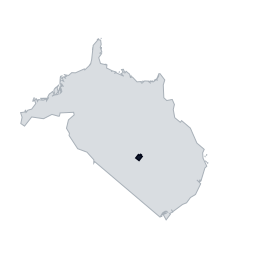 location of Converse, Wyoming, United States of America, rotated 218°
{"feature_id": "52423323B34059726756827", "entity_name": "Converse", "entity_type": "district", "adm_level": 2, "iso_a3": "USA", "parent_name": "United States of America", "parent_adm1": "Wyoming", "projection": "orthographic", "projection_center": [-105.578, 42.894], "detail": "fine", "context": "in_parent", "style": "filled", "palette": "ink", "viewbox_px": 256, "rotation_deg": 218, "n_neighbors": 0, "source": "geoboundaries", "source_scale": "gbopen_adm2", "svg_char_len": 4086}
<svg xmlns="http://www.w3.org/2000/svg" viewBox="0 0 256 256"><g transform="rotate(218 128 128)"><path d="M200.3,83.3L210.7,77.4L210.7,65.8L215.2,65.5L218.1,71.3L222.1,74.0L218.8,77.4L219.1,78.6L217.9,77.6L217.9,80.4L215.5,83.6L215.7,90.5L218.6,92.2L219.7,91.3L218.9,90.3L219.5,90.6L220.1,91.8L216.9,94.4L215.7,93.3L216.0,95.3L212.0,97.6L209.6,101.4L209.5,99.9L208.9,99.2L209.2,102.8L210.3,102.9L210.9,105.8L209.9,110.3L206.8,109.0L207.5,106.2L206.4,108.4L207.8,110.6L209.3,111.6L210.0,113.2L208.9,120.0L208.7,116.1L205.3,113.5L205.7,109.3L203.8,111.3L206.2,116.3L203.6,115.5L202.9,116.0L203.0,114.1L202.8,113.6L202.5,115.2L202.8,116.3L206.8,117.1L206.3,118.4L204.3,117.0L203.6,116.9L206.2,118.5L207.1,118.6L207.0,120.1L205.7,119.5L207.9,120.9L207.6,121.3L206.5,120.6L204.3,120.9L207.4,121.9L209.1,121.2L212.1,125.5L209.6,122.3L210.8,124.6L207.5,125.2L210.5,126.8L211.4,125.7L210.6,128.4L207.4,128.8L209.6,129.2L208.3,130.9L210.4,131.1L207.2,132.8L206.4,137.0L203.4,139.1L198.8,147.7L197.8,147.2L196.8,154.0L196.9,155.5L198.9,159.8L206.3,171.7L206.0,179.2L203.7,180.4L200.6,177.4L199.5,174.4L195.4,171.8L196.2,169.8L194.6,170.3L194.4,165.4L189.4,161.9L183.4,164.6L181.8,162.1L175.5,163.4L176.1,162.1L175.2,163.5L172.4,164.6L172.1,162.5L171.8,164.1L163.2,166.2L167.0,166.6L166.0,168.8L169.1,170.1L167.8,171.4L164.3,169.5L164.4,171.5L159.9,171.4L157.2,169.3L155.9,170.9L149.3,169.9L145.8,173.1L146.7,172.3L144.6,171.8L143.9,175.3L140.1,178.0L141.0,177.2L138.3,177.2L139.3,178.2L136.4,180.0L135.4,183.9L134.0,183.4L135.3,184.3L135.7,187.7L137.1,189.7L136.2,190.5L128.6,188.5L126.7,183.6L118.4,173.9L114.4,173.5L110.7,177.7L105.9,175.1L103.7,170.4L97.5,164.9L90.3,164.7L90.3,166.8L78.8,166.3L64.4,158.5L54.8,158.1L53.9,154.4L50.3,150.4L42.4,146.4L42.8,143.8L37.9,131.2L38.3,130.1L39.4,131.8L38.9,129.2L41.8,129.5L36.4,128.8L33.9,117.2L36.0,111.7L35.8,105.1L38.0,101.3L41.2,89.6L43.6,90.4L41.0,89.3L42.5,86.3L41.5,86.1L41.4,79.1L47.0,81.5L45.1,84.8L47.5,82.7L46.7,85.6L45.2,86.0L46.2,86.3L47.5,85.3L48.5,82.4L47.9,77.5L133.5,81.0L133.3,79.2L135.3,81.9L145.5,83.7L154.9,80.7L169.8,85.8L170.9,87.8L176.3,89.9L179.9,97.7L178.5,105.2L180.5,106.9L190.8,98.1L189.4,95.2L190.2,94.4L196.3,91.9L200.3,83.3ZM213.8,98.4L215.5,97.3L209.7,102.0L214.2,97.4L213.8,98.4ZM47.7,80.5L48.1,82.5L48.0,82.8L47.2,81.1L47.7,80.5ZM136.9,189.1L135.8,186.2L135.7,184.4L136.0,186.2L136.9,189.1ZM219.4,77.4L219.7,78.4L219.4,78.3L219.4,77.4ZM157.4,170.2L157.6,170.9L156.9,170.5L157.4,170.2ZM45.2,149.8L46.2,149.6L46.3,149.7L45.2,149.8ZM44.2,149.4L43.8,149.8L43.5,149.3L44.2,149.4ZM218.6,93.7L218.3,94.6L218.1,94.5L218.6,93.7ZM136.2,182.8L135.7,184.2L136.9,181.4L136.2,182.8ZM204.1,167.7L205.5,170.1L203.8,167.5L204.1,167.7ZM49.8,152.9L50.1,153.7L49.7,152.9L49.8,152.9ZM206.5,179.5L205.9,180.6L206.8,178.4L206.5,179.5ZM212.9,127.1L212.5,128.4L212.3,125.7L212.9,127.1ZM47.3,78.8L47.1,79.3L46.9,79.0L47.3,78.8ZM139.4,178.8L138.0,179.6L139.4,178.6L139.4,178.8ZM220.4,93.2L220.6,93.9L220.0,94.0L220.4,93.2ZM49.5,155.0L49.7,155.9L49.3,155.0L49.5,155.0ZM137.7,180.1L137.2,180.5L137.6,179.9L137.7,180.1ZM210.0,114.4L209.7,116.1L210.0,113.8L210.0,114.4ZM145.4,173.8L144.5,174.5L145.8,173.4L145.4,173.8ZM197.1,154.6L197.2,155.8L196.9,155.0L197.1,154.6ZM210.7,131.1L210.5,131.5L211.1,130.3L210.7,131.1ZM185.6,163.8L184.6,164.7L184.2,164.7L185.6,163.8ZM172.0,164.5L171.8,164.7L171.2,164.8L172.0,164.5ZM198.4,174.8L198.7,175.5L198.2,174.7L198.4,174.8ZM169.4,166.6L169.4,167.4L169.1,166.1L169.4,166.6ZM204.5,182.1L203.9,182.3L204.7,181.9L204.5,182.1ZM210.9,106.4L210.8,107.2L210.9,106.0L210.9,106.4ZM211.9,128.8L211.7,129.2L211.9,128.8Z" fill="#d9dde1" stroke="#a8b0b8" stroke-width="1"/><path d="M99.3,114.3L101.1,114.3L101.0,114.5L100.9,114.5L100.9,114.9L101.2,114.9L101.2,115.0L101.3,115.0L101.7,115.0L101.7,114.8L101.8,114.8L101.8,114.6L101.8,114.4L102.1,114.3L102.1,113.6L102.5,113.4L103.1,113.4L103.4,113.4L103.4,112.6L103.4,109.2L102.7,109.2L100.7,109.2L99.5,109.2L99.3,109.2L99.3,109.3L99.3,111.0L99.3,111.7L99.3,112.3L99.3,112.6L99.3,112.8L99.3,113.9L99.3,114.3Z" fill="#0f172a" stroke="#020617" stroke-width="1.5"/></g></svg>